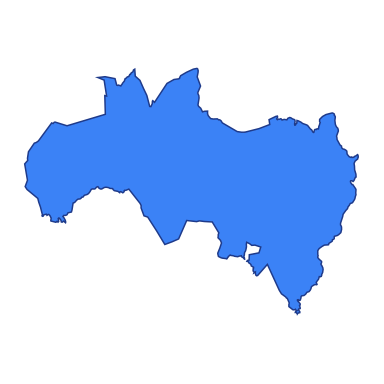 Tetipac, Guerrero, Mexico, rotated 179°
{"feature_id": "50627088B33234056869880", "entity_name": "Tetipac", "entity_type": "district", "adm_level": 2, "iso_a3": "MEX", "parent_name": "Mexico", "parent_adm1": "Guerrero", "projection": "natural_earth1", "projection_center": [-99.695, 18.659], "detail": "fine", "context": "isolated", "style": "filled", "palette": "blue", "viewbox_px": 384, "rotation_deg": 179, "n_neighbors": 0, "source": "geoboundaries", "source_scale": "gbopen_adm2", "svg_char_len": 5896}
<svg xmlns="http://www.w3.org/2000/svg" viewBox="0 0 384 384"><g transform="rotate(179 192 192)"><path d="M25.7,222.2L25.6,223.1L25.2,223.9L25.2,224.5L25.4,226.0L25.9,226.5L27.4,225.3L29.0,224.7L29.4,224.1L30.7,223.7L31.7,224.2L32.0,223.9L32.3,224.1L32.9,223.9L33.7,224.4L34.1,224.4L36.0,226.8L36.3,227.6L36.5,230.2L37.5,231.2L39.0,232.1L40.0,232.2L41.4,233.4L41.7,234.3L41.7,235.3L43.2,236.5L46.1,242.0L46.1,243.4L46.5,245.4L44.6,250.4L44.7,251.6L45.1,253.2L46.2,254.3L47.1,256.0L47.5,257.3L47.9,261.0L47.4,264.5L47.6,265.4L48.3,266.0L48.3,267.2L48.5,267.6L49.9,268.5L50.9,268.5L56.7,267.1L60.2,265.2L63.1,262.4L63.2,260.3L62.6,259.1L62.9,258.7L63.5,256.5L64.0,255.6L64.5,252.9L65.8,253.0L66.1,252.9L66.6,252.3L67.4,252.5L68.1,252.3L68.5,251.8L69.1,249.6L69.3,249.4L70.2,249.9L71.2,251.9L71.6,252.4L72.2,252.5L75.3,256.6L76.5,257.2L80.2,258.6L81.8,259.9L84.5,261.3L85.8,261.7L86.0,259.0L87.0,258.3L87.1,257.6L87.5,257.1L88.0,257.0L88.3,258.2L87.7,260.7L87.9,262.2L88.5,262.7L90.2,263.3L91.9,264.5L93.0,264.8L94.9,264.0L95.9,262.5L98.6,263.0L100.7,262.4L100.9,262.5L101.4,263.4L102.0,263.7L103.2,263.2L104.2,263.4L105.2,262.8L105.8,263.1L106.0,263.7L105.1,265.5L105.3,266.4L106.7,266.2L113.7,263.0L113.1,258.1L115.6,257.2L123.9,254.2L138.0,250.9L141.3,250.9L145.7,251.6L160.5,260.6L161.7,262.7L163.0,263.7L164.1,263.7L165.4,264.7L169.4,264.6L172.1,265.1L174.2,267.7L174.8,268.9L175.1,270.5L175.0,272.6L178.1,272.5L180.1,272.0L181.8,275.6L183.9,277.5L184.5,279.0L183.3,285.9L183.5,288.3L184.4,290.3L184.4,291.4L181.6,297.8L184.8,307.0L183.9,311.2L183.7,313.1L184.2,315.0L184.9,315.5L188.6,314.8L195.4,311.8L201.3,308.5L202.4,306.5L202.3,306.2L203.1,305.4L208.1,304.8L215.1,301.0L227.9,282.3L229.6,284.0L230.0,283.5L230.2,281.0L231.6,278.1L232.8,278.3L235.5,289.4L238.7,296.4L242.1,304.5L246.7,308.8L247.1,315.8L248.4,315.0L248.9,313.3L250.8,312.0L251.5,310.7L252.2,310.6L252.7,309.3L253.1,309.0L253.3,308.5L254.7,308.2L255.8,307.0L256.9,306.5L256.9,306.0L257.4,305.2L257.6,304.2L259.7,301.8L260.1,300.8L260.8,300.2L261.3,299.3L263.7,300.2L264.3,299.8L265.4,300.2L267.0,306.7L276.9,308.8L284.1,308.1L277.9,305.4L275.7,289.4L277.5,289.9L277.3,271.2L315.8,260.4L327.7,264.3L328.5,264.1L329.7,262.9L331.1,263.5L344.7,245.7L346.9,244.2L348.8,243.6L354.8,235.1L355.9,228.6L355.7,226.4L358.8,223.0L356.3,206.6L358.7,200.3L356.9,197.4L346.3,188.3L345.4,184.5L343.8,179.6L342.0,172.0L342.4,170.8L341.9,170.3L341.3,170.4L340.5,171.8L338.8,172.2L337.9,172.3L337.4,171.2L336.1,172.1L335.5,172.0L334.5,170.9L333.3,168.4L333.7,165.6L333.4,165.4L328.6,164.1L327.5,165.0L327.0,164.8L326.5,164.2L325.8,164.9L326.2,167.9L325.5,168.4L324.8,167.8L323.5,166.0L323.2,164.3L322.3,164.1L320.9,165.1L319.0,163.5L318.8,164.2L319.2,166.0L320.5,168.5L321.5,169.8L320.7,170.8L319.2,170.8L317.7,171.2L317.1,171.9L316.4,173.3L312.9,174.1L312.3,176.1L311.3,181.8L311.0,183.1L309.6,183.5L307.4,185.9L306.0,186.9L304.2,187.0L303.1,187.6L302.5,188.6L301.0,188.9L299.7,190.6L297.0,191.3L295.5,192.2L294.0,194.1L292.7,196.3L291.6,196.8L289.5,196.7L288.7,197.0L287.6,198.3L286.5,198.9L286.0,199.0L284.8,197.3L283.4,196.6L282.2,196.6L279.7,198.0L278.0,198.3L275.6,197.9L273.8,197.0L271.3,196.8L270.9,195.9L269.7,194.7L266.0,193.9L264.3,192.6L263.9,193.5L263.6,193.6L262.9,193.5L261.2,192.4L260.3,193.0L259.8,193.7L259.8,194.5L259.3,194.9L258.2,194.8L255.1,196.0L244.1,181.5L243.1,179.3L243.2,177.0L240.4,169.0L236.7,167.7L227.9,153.5L220.1,140.0L212.7,142.6L206.2,145.3L197.8,163.6L187.9,162.3L185.1,163.0L180.3,162.3L172.3,161.7L165.9,150.7L166.6,148.6L166.5,147.9L166.8,145.8L164.4,143.2L163.4,140.5L165.1,135.6L167.3,130.4L167.2,129.3L166.7,127.1L164.5,125.9L163.1,125.4L159.2,124.8L158.4,124.5L158.0,124.9L157.6,125.8L157.2,126.0L156.8,126.8L155.0,128.3L154.8,128.0L151.7,127.5L150.6,127.0L147.4,126.5L145.8,127.1L143.9,127.4L144.0,127.0L143.6,126.4L142.0,125.5L140.7,123.9L140.5,124.0L140.9,125.0L140.8,125.5L141.1,125.8L141.2,127.2L140.8,127.8L140.8,128.4L140.6,129.1L140.7,129.5L140.4,130.7L139.5,132.2L138.8,134.6L138.9,135.0L138.5,136.0L138.6,138.9L138.2,140.8L135.3,139.3L133.2,137.6L130.0,137.8L124.2,135.8L126.1,130.0L135.8,128.3L136.1,122.9L137.8,122.6L138.3,121.7L137.5,121.6L136.8,121.1L136.4,120.1L135.4,119.5L134.3,118.4L134.1,117.1L131.8,115.7L132.1,114.5L131.9,114.5L132.3,112.9L132.2,112.5L132.3,112.0L131.2,110.9L131.5,110.0L130.0,110.9L130.1,109.8L129.7,108.0L129.5,107.6L128.8,107.1L127.8,107.4L117.9,118.3L106.4,92.1L104.3,88.6L100.1,85.4L99.4,84.3L98.6,84.0L96.7,79.4L97.1,77.7L97.1,75.7L93.2,72.5L92.6,72.4L91.0,72.6L90.7,72.9L89.9,71.8L89.2,71.5L90.5,70.7L90.8,69.8L89.9,69.8L89.6,69.1L88.9,68.7L88.8,68.2L88.5,68.6L88.0,69.1L86.3,69.5L86.3,70.5L87.7,72.4L87.4,73.1L86.0,73.5L85.8,73.9L86.5,76.8L85.9,77.1L85.8,77.9L85.9,78.5L88.2,81.2L88.5,81.9L88.4,82.4L87.6,82.5L87.2,82.2L87.1,81.8L86.7,81.7L86.0,81.8L85.6,82.1L84.9,84.3L84.8,85.4L84.3,86.2L81.8,86.6L80.2,87.8L78.9,89.7L76.7,90.4L75.5,91.8L74.8,93.2L74.2,95.2L73.5,95.8L71.3,97.1L70.0,97.3L69.0,97.1L68.6,97.4L69.4,99.6L67.0,102.6L66.2,105.2L65.2,105.0L64.2,105.4L63.8,106.4L63.7,107.4L62.8,109.2L62.3,112.1L62.5,113.9L63.6,116.4L64.1,117.0L64.3,117.9L63.8,118.8L63.6,119.8L63.7,120.4L66.2,122.7L67.4,124.3L67.4,125.1L67.0,126.0L67.3,127.0L67.3,131.1L65.9,133.2L63.1,135.2L60.6,136.6L56.7,136.8L56.3,137.0L56.3,137.6L55.9,138.3L53.3,139.9L52.6,140.5L52.4,141.9L51.2,142.2L50.6,143.0L50.6,144.3L50.4,145.2L47.4,146.0L46.1,146.8L43.9,148.8L43.1,151.9L43.1,154.0L43.3,155.2L44.0,156.2L44.1,157.4L43.9,158.6L41.8,164.7L41.3,167.1L38.5,170.9L37.0,172.4L36.6,173.2L36.3,174.3L35.0,175.9L34.0,177.7L31.9,178.4L31.5,178.8L29.6,181.7L29.2,182.7L28.8,184.5L28.1,186.4L28.3,188.1L28.0,191.5L28.4,192.5L31.1,196.6L31.8,196.6L33.0,198.3L33.4,199.4L33.3,200.1L33.2,200.4L31.9,200.5L30.8,199.7L29.9,200.6L28.4,203.8L27.7,204.1L27.8,207.0L29.0,211.3L29.1,215.2L29.4,217.1L29.4,217.9L28.4,220.0L25.7,222.2Z" fill="#3b82f6" stroke="#1e3a8a" stroke-width="1.5"/></g></svg>